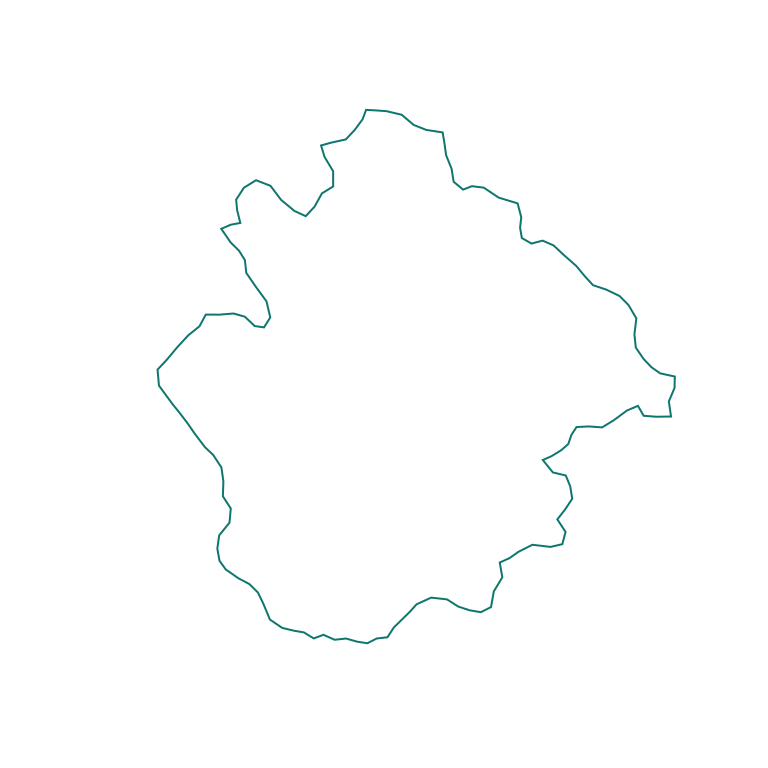 Frei Lagonegro, Minas Gerais, Brazil (Natural Earth projection), rotated 141°
{"feature_id": "56859067B57712394060439", "entity_name": "Frei Lagonegro", "entity_type": "district", "adm_level": 2, "iso_a3": "BRA", "parent_name": "Brazil", "parent_adm1": "Minas Gerais", "projection": "natural_earth1", "projection_center": [-42.759, -18.147], "detail": "fine", "context": "isolated", "style": "outline", "palette": "teal", "viewbox_px": 768, "rotation_deg": 141, "n_neighbors": 0, "source": "geoboundaries", "source_scale": "gbopen_adm2", "svg_char_len": 1954}
<svg xmlns="http://www.w3.org/2000/svg" viewBox="0 0 768 768"><g transform="rotate(141 384 384)"><path d="M355.2,622.9L369.3,624.7L382.9,620.3L388.7,611.6L394.3,599.6L403.0,604.3L412.8,607.0L414.1,590.5L412.8,578.8L414.1,567.9L421.1,557.0L422.4,540.6L423.3,522.2L430.5,507.3L441.6,503.5L448.0,510.4L449.8,523.9L456.6,533.5L468.3,541.5L478.8,550.1L491.0,545.0L505.5,545.0L520.8,542.8L537.7,539.5L550.9,537.7L559.9,524.4L561.0,501.3L561.0,489.8L561.4,476.7L562.3,465.3L562.9,447.6L561.4,436.3L562.9,421.4L570.1,409.4L579.9,398.1L581.4,383.7L591.3,373.5L607.3,370.1L617.1,361.0L623.1,350.1L623.7,339.5L619.4,324.6L614.5,313.1L613.2,301.3L616.0,289.3L620.9,272.7L616.6,258.5L609.2,248.9L602.6,241.4L598.7,230.5L588.9,227.2L583.3,216.3L573.7,210.1L567.3,201.0L560.1,193.0L549.8,190.8L540.7,185.0L529.6,188.6L518.0,189.7L506.5,190.8L497.3,192.3L481.8,188.3L470.6,177.0L466.4,164.4L460.0,154.4L452.3,145.7L441.2,143.3L429.2,153.7L413.7,159.3L406.4,172.4L395.9,169.7L385.3,169.0L369.9,165.7L357.1,152.6L346.2,147.3L336.0,154.8L334.5,169.7L321.9,172.6L309.9,176.4L303.7,187.2L300.3,198.5L308.4,209.0L308.4,225.0L299.3,222.5L287.7,221.0L278.5,221.4L270.4,226.5L261.5,229.4L251.5,222.1L241.8,213.0L227.8,211.2L211.8,210.5L200.4,207.2L202.2,195.9L193.0,187.2L181.4,178.1L173.6,191.2L160.7,198.1L153.3,206.8L162.7,218.5L165.6,228.7L166.5,240.3L165.4,253.8L158.2,264.9L146.6,276.2L144.3,291.5L145.6,304.2L152.0,317.7L159.4,329.3L160.1,341.0L160.3,354.8L163.1,371.2L165.0,385.0L170.5,395.6L181.0,400.3L185.0,410.7L179.9,419.8L172.4,427.2L166.5,440.3L177.6,456.7L182.9,473.8L191.2,482.4L200.2,485.3L202.6,497.3L196.1,508.6L191.7,522.8L185.9,532.4L180.1,542.6L191.2,554.8L197.9,566.6L200.8,582.1L210.4,594.5L218.3,601.9L225.4,608.3L234.1,603.2L246.7,599.9L259.7,598.1L273.6,605.0L282.8,609.0L287.3,597.9L289.6,581.4L299.2,569.5L312.3,571.2L326.4,565.5L339.2,563.7L344.7,574.8L348.1,591.9L347.5,609.4L355.2,622.9Z" fill="none" stroke="#0f766e" stroke-width="2"/></g></svg>